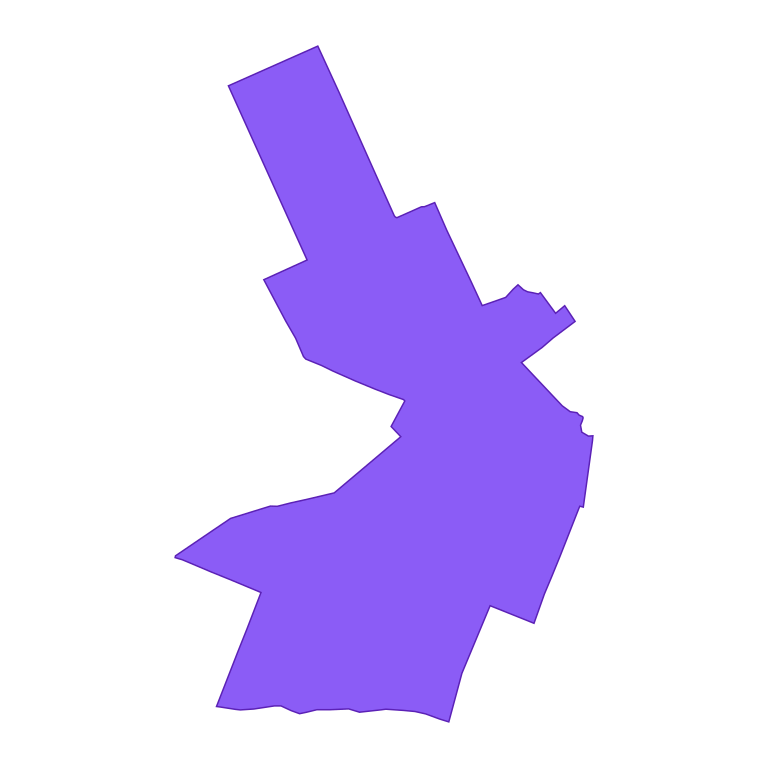 Crangu, Teleorman, Romania
{"feature_id": "2599482B25275018283858", "entity_name": "Crangu", "entity_type": "district", "adm_level": 2, "iso_a3": "ROU", "parent_name": "Romania", "parent_adm1": "Teleorman", "projection": "orthographic", "projection_center": [25.064, 43.86], "detail": "fine", "context": "isolated", "style": "filled", "palette": "violet", "viewbox_px": 768, "rotation_deg": 0, "n_neighbors": 0, "source": "geoboundaries", "source_scale": "gbopen_adm2", "svg_char_len": 1472}
<svg xmlns="http://www.w3.org/2000/svg" viewBox="0 0 768 768"><path d="M575.1,321.4L572.2,317.0L564.7,305.7L555.6,313.3L540.4,292.6L538.4,294.0L532.5,292.7L527.6,291.8L523.5,289.8L518.0,284.8L513.3,289.1L505.7,297.4L482.2,305.6L471.1,281.6L446.7,230.1L434.7,202.6L424.5,206.7L421.4,206.8L400.7,216.0L396.9,217.7L395.4,217.1L394.3,215.8L375.8,174.7L339.2,92.7L317.8,46.1L289.4,58.7L228.4,85.8L255.8,146.5L307.1,260.0L263.8,279.7L285.8,321.2L295.6,338.2L303.5,356.6L305.8,359.1L321.1,365.3L333.2,371.2L355.8,381.2L375.5,389.3L389.2,394.6L403.6,399.6L404.8,401.0L391.1,426.5L400.8,436.7L368.1,464.3L334.2,492.9L304.8,499.8L291.2,502.8L277.3,506.3L270.4,506.1L230.6,518.4L213.9,529.7L175.5,555.8L175.3,556.7L175.1,557.6L179.0,558.8L182.2,559.7L212.0,572.3L228.9,579.1L261.0,592.5L246.9,629.1L237.6,652.4L216.5,706.5L220.2,707.0L235.7,709.4L240.3,709.9L253.9,709.0L274.5,705.9L281.0,705.9L291.1,710.6L299.6,713.7L306.3,712.3L316.9,709.7L330.4,709.7L348.7,708.9L359.5,712.2L381.3,709.8L385.8,709.2L403.3,710.4L415.0,711.5L425.6,713.9L439.8,719.1L448.8,721.9L461.9,673.3L490.1,605.7L534.0,623.3L544.4,594.0L551.6,576.9L560.1,556.1L565.5,542.4L577.8,511.1L579.4,507.1L579.8,506.2L583.3,507.1L592.5,440.6L592.9,435.8L588.4,436.1L581.8,432.2L580.5,425.2L582.3,420.8L583.1,417.9L582.6,416.6L579.1,415.1L577.0,412.7L570.2,411.7L565.2,408.0L562.2,405.8L532.0,373.8L521.4,362.5L522.0,362.1L542.2,347.4L553.2,337.9L575.1,321.4Z" fill="#8b5cf6" stroke="#5b21b6" stroke-width="1.5"/></svg>